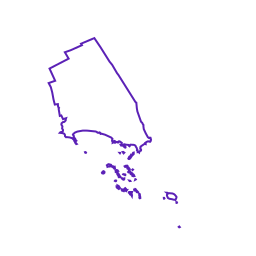 Kien Luong, Kiên Giang, Vietnam, rotated 304°
{"feature_id": "81297802B41363610148385", "entity_name": "Kien Luong", "entity_type": "district", "adm_level": 2, "iso_a3": "VNM", "parent_name": "Vietnam", "parent_adm1": "Kiên Giang", "projection": "robinson", "projection_center": [104.552, 10.196], "detail": "fine", "context": "isolated", "style": "outline", "palette": "violet", "viewbox_px": 256, "rotation_deg": 304, "n_neighbors": 0, "source": "geoboundaries", "source_scale": "gbopen_adm2", "svg_char_len": 5798}
<svg xmlns="http://www.w3.org/2000/svg" viewBox="0 0 256 256"><g transform="rotate(304 128 128)"><path d="M105.2,59.7L99.9,64.7L101.1,65.7L99.0,69.2L101.5,71.2L100.4,71.5L99.7,72.0L99.2,72.1L97.5,71.8L96.4,70.7L94.7,70.3L93.5,70.9L92.7,72.7L90.7,73.7L90.2,75.0L89.3,75.7L88.4,75.8L86.6,74.3L85.9,74.2L87.1,76.5L87.6,78.4L87.0,79.6L86.0,80.3L85.7,81.8L86.3,82.5L87.6,85.0L88.3,87.4L87.9,89.9L87.1,90.9L86.9,91.5L86.9,91.9L87.3,92.4L88.1,92.0L88.5,92.2L88.6,91.5L89.2,90.9L89.6,90.0L89.8,88.5L90.0,88.5L90.0,88.0L91.0,87.7L91.2,87.4L91.6,86.1L92.8,86.0L93.0,86.2L94.6,86.6L96.7,88.0L100.5,91.9L103.1,95.8L107.0,103.1L107.3,104.4L107.1,104.8L107.2,105.7L107.8,106.7L108.3,106.7L108.5,107.0L108.4,107.9L107.8,108.6L108.5,109.3L109.6,112.7L110.7,119.4L110.4,121.1L108.9,121.6L108.1,122.4L108.3,123.1L107.2,123.6L108.0,124.1L108.2,124.5L108.3,124.1L108.1,123.8L108.6,123.3L108.9,123.5L108.6,123.7L108.5,124.2L109.6,123.8L109.8,124.2L109.7,125.9L110.3,126.8L110.3,127.8L110.6,128.1L111.0,127.6L111.3,127.6L111.8,127.8L112.2,128.4L112.3,129.2L112.2,131.1L111.6,131.2L111.2,131.8L110.7,131.9L110.4,131.6L110.1,131.6L109.9,131.4L109.6,132.2L110.1,132.6L110.4,133.8L110.6,134.0L111.1,134.2L111.9,133.6L112.5,134.1L113.0,135.6L114.2,137.8L113.7,138.9L113.7,139.5L114.4,139.5L115.0,139.2L115.5,139.3L117.2,142.1L117.5,143.1L117.5,144.1L116.9,144.9L116.4,146.3L115.7,147.0L115.3,147.8L114.6,147.8L114.3,148.0L114.3,149.3L114.0,149.6L113.5,149.7L114.0,150.4L113.9,151.0L115.1,150.6L116.6,151.4L117.4,150.9L117.5,150.1L117.7,149.7L118.5,149.6L119.0,148.9L120.1,149.0L123.9,150.5L124.2,150.8L124.5,151.7L124.8,151.5L124.6,150.8L125.0,150.5L126.9,151.2L128.1,152.0L128.1,152.3L128.8,153.1L128.8,153.9L129.0,154.1L129.8,154.1L131.1,153.7L132.5,152.1L132.2,151.5L131.6,151.5L131.4,151.1L131.5,149.6L133.5,145.7L135.9,141.7L138.4,139.5L139.1,139.2L139.6,137.9L140.3,136.8L140.4,135.6L140.7,135.0L147.0,126.5L149.3,124.3L153.7,120.7L153.6,120.1L153.8,119.4L166.7,90.2L167.3,88.3L171.5,79.6L172.7,75.6L179.6,60.0L183.7,49.8L171.6,41.9L170.9,43.5L160.3,36.9L155.5,33.3L152.3,40.0L133.4,29.7L126.4,41.2L120.9,37.1L118.7,41.2L115.2,45.2L110.1,50.2L106.5,54.2L108.6,56.5L106.5,58.2L106.1,59.6L105.2,59.7ZM96.3,198.1L96.3,196.8L96.0,196.3L95.9,197.3L94.5,197.6L93.7,198.1L92.3,200.3L92.5,201.9L93.7,204.6L94.0,205.8L94.5,206.5L94.8,207.6L97.4,207.1L98.1,206.6L98.8,204.2L98.9,203.0L98.6,201.5L96.8,198.3L96.3,198.1ZM86.9,131.9L85.3,131.3L84.7,132.3L84.3,132.7L85.1,133.3L85.8,134.4L86.1,134.4L86.7,135.1L87.1,137.5L86.7,139.2L87.3,139.7L88.5,138.6L87.9,138.0L87.9,137.1L87.4,137.0L87.2,136.4L88.0,134.5L87.2,132.2L86.9,131.9ZM77.2,167.1L75.6,164.8L75.3,164.6L74.8,164.8L74.7,165.8L74.1,166.8L74.3,167.6L74.0,168.7L73.7,169.3L74.7,168.8L75.5,167.4L76.3,167.5L77.2,167.1ZM91.7,160.2L92.5,158.9L92.4,157.9L92.8,157.2L92.8,155.7L92.1,154.9L91.5,155.4L91.3,156.3L91.5,157.2L91.4,157.8L90.7,158.4L91.0,159.5L91.7,160.2ZM84.9,145.4L85.2,144.1L84.6,143.6L84.4,144.9L83.6,145.1L83.0,146.7L82.1,147.8L82.1,148.1L82.7,148.5L83.0,149.2L83.3,149.1L83.6,147.9L84.5,146.3L84.5,145.8L84.9,145.4ZM106.3,145.7L104.9,145.1L102.8,145.4L102.7,145.9L102.9,146.3L103.9,146.8L106.4,146.8L106.8,146.2L106.7,145.8L106.8,145.6L106.3,145.7ZM80.8,168.0L80.4,167.5L79.7,168.2L80.4,169.9L80.4,170.2L79.7,171.1L80.2,172.4L80.5,172.3L80.6,171.9L81.2,169.2L81.6,168.4L81.5,168.0L80.8,168.0ZM77.6,133.5L78.3,133.2L78.6,132.8L78.5,131.8L77.7,131.4L76.3,131.4L76.0,131.9L76.3,132.9L76.8,133.3L77.6,133.5ZM95.1,149.8L94.4,149.8L94.0,150.2L94.2,151.3L93.6,152.2L93.6,152.6L94.4,152.8L94.8,152.6L95.6,150.4L95.1,149.8ZM73.7,157.2L73.2,157.3L72.7,158.4L73.3,159.0L73.3,159.4L73.9,159.1L74.1,159.3L74.2,160.7L74.4,160.8L74.7,160.5L74.2,159.7L74.5,158.4L73.9,158.0L73.7,157.2ZM96.1,148.9L96.4,148.7L96.4,148.4L95.3,147.1L94.4,146.6L94.1,147.4L95.4,148.6L96.1,148.9ZM83.6,153.5L84.2,153.1L83.2,152.2L83.0,151.8L83.1,151.1L82.8,150.9L82.6,151.2L82.8,152.1L82.5,152.6L82.6,153.2L82.9,153.5L83.6,153.5ZM110.3,146.1L108.6,146.2L108.2,147.0L109.5,147.3L109.9,147.0L110.0,146.4L110.3,146.3L110.5,146.7L110.8,146.5L110.3,146.1ZM76.8,177.4L78.0,176.4L78.4,176.0L78.3,175.6L78.0,175.5L77.6,176.0L76.9,176.1L76.3,176.7L76.3,177.1L76.8,177.4ZM111.2,135.2L111.0,134.9L110.2,135.3L110.1,136.4L110.3,136.8L110.8,136.7L111.2,135.2ZM73.6,151.6L73.3,151.1L72.6,151.6L72.3,152.4L72.3,153.5L72.7,153.2L73.2,151.8L73.6,151.6ZM73.7,155.0L73.9,154.3L73.2,153.6L72.7,154.1L72.7,154.7L72.9,154.9L73.7,155.0ZM86.8,143.8L87.1,143.0L86.8,142.0L86.4,141.7L86.5,143.5L86.8,143.8ZM77.4,147.8L77.8,147.6L77.8,147.3L77.2,146.7L76.8,146.7L76.8,147.3L77.1,147.7L77.4,147.8ZM74.2,153.9L74.7,152.7L74.6,152.0L73.9,153.1L73.9,153.6L74.2,153.9ZM92.9,154.8L93.1,154.1L92.8,153.7L92.4,154.5L92.4,154.8L92.9,154.8ZM79.2,175.1L79.7,174.9L79.8,174.4L79.4,174.3L78.8,174.7L78.8,175.0L79.2,175.1ZM84.0,107.7L84.3,106.3L83.9,105.9L83.6,106.3L84.0,107.7ZM74.8,226.3L75.0,225.6L74.4,225.4L74.3,226.0L74.8,226.3ZM105.5,138.7L105.5,137.4L105.3,137.2L105.2,137.7L104.9,137.8L105.2,138.4L105.0,138.6L105.5,138.7ZM90.0,197.6L90.3,197.1L90.1,196.8L89.5,197.3L89.6,197.5L90.0,197.6ZM93.5,210.4L93.8,209.9L93.6,209.6L93.0,210.1L93.1,210.3L93.5,210.4ZM87.8,152.8L87.6,151.7L87.3,151.4L87.2,151.9L87.8,152.8ZM92.1,153.3L92.3,152.8L91.6,152.7L91.5,153.1L92.1,153.3ZM85.0,142.9L85.3,142.5L85.1,142.1L84.7,142.4L85.0,142.9ZM76.4,160.2L76.6,159.3L76.3,159.2L76.0,159.5L76.4,160.2ZM86.1,94.4L86.2,93.9L85.9,93.5L85.7,94.1L86.1,94.4ZM95.7,155.3L96.3,155.4L96.3,155.0L95.8,154.9L95.7,155.3ZM102.7,135.7L103.0,135.5L102.7,135.0L102.5,135.7L102.9,136.1L102.7,135.7ZM89.7,163.2L89.8,162.9L89.7,162.7L89.1,162.9L89.7,163.2ZM85.4,159.6L85.5,159.4L85.1,158.5L84.9,159.0L85.4,159.6ZM75.7,161.8L75.2,161.3L75.0,161.8L75.7,161.8ZM87.4,150.5L87.1,149.9L86.9,149.9L87.0,150.4L87.4,150.5Z" fill="none" stroke="#5b21b6" stroke-width="2"/></g></svg>